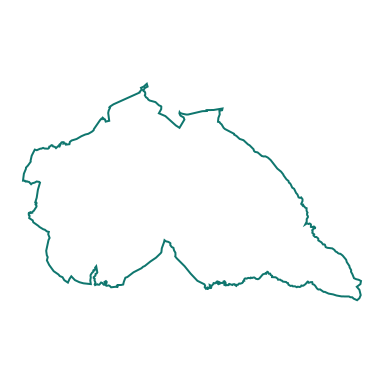 outline of Tuta, Boyacá, Colombia
{"feature_id": "7082276B48364833791796", "entity_name": "Tuta", "entity_type": "district", "adm_level": 2, "iso_a3": "COL", "parent_name": "Colombia", "parent_adm1": "Boyacá", "projection": "orthographic", "projection_center": [-73.179, 5.679], "detail": "fine", "context": "isolated", "style": "outline", "palette": "teal", "viewbox_px": 384, "rotation_deg": 0, "n_neighbors": 0, "source": "geoboundaries", "source_scale": "gbopen_adm2", "svg_char_len": 5968}
<svg xmlns="http://www.w3.org/2000/svg" viewBox="0 0 384 384"><path d="M123.2,284.5L123.8,281.9L125.4,277.7L127.4,277.0L133.5,272.3L141.5,268.2L143.0,266.8L144.8,266.0L150.4,261.5L156.0,257.7L160.7,253.2L161.4,252.1L161.8,248.3L164.0,242.3L164.5,240.2L165.9,241.3L168.4,241.9L170.0,242.9L170.4,243.3L170.3,245.1L171.7,247.0L173.4,247.8L174.1,250.5L175.4,252.7L175.5,255.2L175.2,256.4L176.7,258.3L184.6,266.2L190.6,273.6L197.4,280.8L204.4,284.3L205.1,285.6L204.7,287.2L205.9,288.7L207.0,287.7L207.5,289.0L207.8,289.0L208.2,288.0L208.8,287.6L209.9,288.1L211.0,288.0L211.2,287.5L209.8,285.9L209.7,285.0L211.6,286.0L213.3,284.0L213.6,283.1L214.9,283.4L215.5,282.7L217.0,283.0L217.1,282.3L216.8,281.8L217.2,281.4L218.7,281.9L218.1,283.9L218.5,284.2L220.1,283.5L220.4,282.7L222.1,283.1L223.2,282.8L223.5,281.5L224.5,281.2L225.5,282.5L225.2,283.1L224.8,283.1L224.4,283.5L224.6,284.3L224.3,284.8L224.6,285.0L225.5,285.3L225.7,284.5L226.1,284.4L226.9,285.1L228.5,285.1L228.9,284.8L228.9,284.1L229.2,283.9L232.4,285.0L233.2,284.2L234.1,284.4L234.5,284.2L235.6,284.9L235.4,285.3L236.3,285.9L237.1,284.7L237.9,284.8L239.2,283.5L240.2,283.7L242.2,283.0L243.1,282.0L243.1,281.3L244.2,280.8L243.9,280.3L244.5,278.9L245.2,278.4L246.7,278.6L248.2,277.9L250.5,278.2L250.9,277.6L252.0,278.0L253.3,277.5L254.4,277.5L256.0,278.8L257.9,279.2L259.3,278.5L262.8,274.4L265.0,273.6L265.9,273.8L266.0,272.9L266.6,272.8L267.3,271.8L268.0,272.1L268.7,273.7L270.2,273.7L270.7,275.0L272.1,275.8L272.0,277.1L275.7,277.3L277.6,278.6L278.0,279.7L280.3,279.7L281.4,280.6L282.1,280.7L282.9,281.6L286.1,282.0L286.9,282.8L288.0,283.1L288.4,284.6L290.4,285.9L292.1,285.7L292.8,286.3L295.0,286.3L296.8,287.2L297.8,286.7L299.8,287.0L300.8,286.5L301.4,285.5L302.8,285.8L303.6,285.5L305.5,284.1L307.6,281.6L308.0,281.7L308.0,282.5L308.7,282.8L310.9,282.1L312.2,282.1L312.6,284.1L314.1,284.7L315.2,285.8L317.0,288.5L318.3,289.5L320.1,289.4L323.6,291.9L324.9,291.9L328.6,293.6L333.1,294.4L336.5,295.5L341.5,296.4L349.1,296.5L350.3,297.2L352.3,297.3L353.6,298.6L357.1,300.2L359.4,298.2L360.7,295.1L359.4,289.8L356.8,286.8L360.4,284.1L361.0,281.0L358.7,279.8L356.2,279.2L354.0,278.2L352.4,274.2L351.0,271.7L351.2,270.2L349.6,267.4L349.4,266.0L346.8,262.1L346.1,259.7L342.6,255.5L340.4,253.8L339.2,253.7L337.8,253.0L337.1,252.2L335.6,251.5L334.4,249.9L332.3,248.4L327.3,247.8L325.7,247.1L324.9,244.7L324.3,244.4L323.1,244.5L321.4,242.3L318.3,240.4L318.3,238.7L317.8,238.1L316.4,237.0L315.1,237.0L313.5,235.5L313.5,235.0L314.1,234.3L312.3,232.8L312.6,231.7L312.2,230.2L312.9,229.8L313.3,228.8L315.0,228.2L315.1,227.5L313.9,226.5L312.0,227.1L310.9,226.9L310.9,224.4L309.7,223.5L308.5,224.0L307.0,223.3L305.3,224.4L306.7,221.6L306.7,219.1L307.9,217.2L307.9,216.2L307.2,215.2L307.0,213.9L307.5,212.5L306.9,211.7L306.5,210.1L306.6,208.2L305.4,207.8L303.8,206.0L303.1,206.1L302.7,205.6L303.1,205.1L303.1,204.6L301.6,204.4L301.2,203.9L302.5,201.1L302.5,199.2L301.2,197.4L300.1,197.9L298.6,197.4L297.4,194.4L296.1,193.0L294.1,188.8L292.2,187.6L290.8,184.5L290.0,183.3L288.9,182.6L288.5,181.0L286.5,179.4L283.6,175.4L283.3,174.5L281.1,171.7L277.3,168.6L270.7,160.1L268.0,157.7L266.4,156.8L265.1,156.3L263.9,156.5L261.8,156.0L257.6,152.4L255.1,151.9L254.0,150.9L253.5,149.2L249.6,145.3L248.0,144.4L243.5,140.2L239.6,138.9L236.4,135.9L234.1,134.6L234.1,133.8L224.9,129.0L223.6,127.8L221.6,124.4L220.3,123.3L219.5,122.1L218.0,121.8L218.4,117.9L219.7,114.5L219.4,110.8L222.1,110.2L222.5,108.5L213.5,110.0L206.6,110.1L206.8,111.0L202.3,111.2L188.2,114.5L186.0,114.5L182.2,113.7L180.0,112.9L179.6,112.3L179.4,113.3L180.1,115.0L180.6,115.7L183.6,117.4L184.4,119.6L179.5,127.8L175.9,125.5L165.4,116.1L158.9,113.3L161.2,109.1L161.3,106.6L161.0,106.2L158.9,105.3L155.5,102.1L149.6,100.5L148.2,99.5L147.5,98.3L145.9,97.2L144.8,95.2L145.3,94.2L145.2,92.8L144.6,91.5L143.7,91.2L143.2,90.5L144.9,88.0L147.6,86.6L146.8,83.8L143.7,86.6L141.0,87.8L141.7,89.3L140.1,91.5L139.7,91.7L139.7,92.5L113.5,104.3L110.0,106.6L109.4,107.3L110.0,107.8L108.7,110.5L108.2,113.0L109.2,120.8L105.7,121.6L105.0,119.5L103.4,119.0L103.7,118.6L102.7,117.7L101.9,119.0L101.4,118.7L100.1,120.1L93.9,129.1L93.6,130.3L91.9,131.7L88.3,133.8L85.3,134.5L81.4,136.2L76.6,139.0L71.6,140.5L69.9,141.9L69.4,144.2L66.0,144.6L65.9,143.8L65.2,143.8L64.7,143.2L63.4,143.6L63.5,142.2L62.0,142.2L61.3,142.6L60.2,145.0L60.0,144.1L59.7,144.3L59.0,145.3L58.9,146.4L57.9,146.3L56.0,148.1L54.9,146.9L53.0,146.4L52.5,145.4L51.4,145.2L50.4,146.3L49.3,146.6L48.8,148.2L47.9,148.7L44.5,148.5L43.1,147.9L41.2,148.7L40.2,148.7L36.8,150.2L34.8,149.6L31.7,155.7L30.6,160.6L30.7,161.7L27.9,165.6L26.0,167.6L25.9,168.9L23.9,173.7L23.1,179.9L23.0,180.7L24.6,180.7L24.8,181.1L25.5,181.1L25.9,181.6L26.8,181.3L27.0,181.6L29.0,181.9L31.1,184.2L32.1,183.3L34.7,182.6L36.6,181.5L39.2,181.9L40.0,182.6L37.9,189.8L36.7,197.7L35.2,202.6L35.4,202.8L36.3,202.5L36.5,202.8L36.5,203.7L35.6,204.6L36.5,205.8L36.5,206.6L33.8,210.8L32.4,211.8L32.3,212.7L31.5,212.7L31.1,213.0L30.8,212.7L30.5,212.8L30.3,212.3L29.1,212.8L29.4,213.5L28.7,213.9L28.9,215.2L29.6,215.9L29.2,218.1L32.7,220.4L33.3,222.3L38.4,225.9L39.4,226.9L43.3,229.3L44.8,229.7L46.9,231.4L48.8,231.9L48.2,234.1L49.6,237.9L48.5,240.1L46.2,250.8L46.8,255.2L47.7,257.1L46.9,260.4L49.2,265.0L53.7,271.2L58.5,274.5L59.7,276.0L62.5,277.2L64.3,280.2L67.9,282.6L69.6,278.8L71.3,276.3L74.9,280.1L79.4,282.2L83.4,283.3L90.8,284.1L90.3,280.5L90.8,277.2L90.5,276.0L90.7,274.8L92.1,272.7L93.3,271.7L93.3,270.4L93.7,270.1L94.4,270.3L94.5,269.7L95.5,269.5L95.1,267.7L96.2,266.3L97.3,272.4L96.7,273.4L95.6,273.9L95.4,275.6L93.7,277.2L93.7,277.6L93.7,278.0L94.7,278.8L94.5,280.3L95.4,282.5L94.7,284.5L95.1,285.1L97.1,284.2L98.0,284.7L99.3,284.7L101.1,282.5L102.3,283.0L103.7,284.7L105.1,284.8L105.1,283.3L104.5,282.0L105.9,281.1L106.7,281.9L106.6,282.8L105.7,284.5L106.0,285.5L106.7,285.8L108.7,285.4L109.7,285.9L111.1,287.3L115.4,286.8L117.4,287.0L117.7,286.2L117.0,285.6L117.5,285.0L121.0,285.0L123.2,284.5Z" fill="none" stroke="#0f766e" stroke-width="2"/></svg>